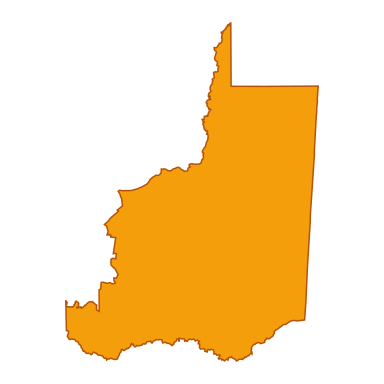 Dolores, Petén, Guatemala (Robinson projection)
{"feature_id": "79465075B81519160116587", "entity_name": "Dolores", "entity_type": "district", "adm_level": 2, "iso_a3": "GTM", "parent_name": "Guatemala", "parent_adm1": "Petén", "projection": "robinson", "projection_center": [-89.465, 16.645], "detail": "fine", "context": "isolated", "style": "filled", "palette": "amber", "viewbox_px": 384, "rotation_deg": 0, "n_neighbors": 0, "source": "geoboundaries", "source_scale": "gbopen_adm2", "svg_char_len": 5969}
<svg xmlns="http://www.w3.org/2000/svg" viewBox="0 0 384 384"><path d="M318.2,86.1L265.1,86.4L231.5,86.3L231.1,86.0L230.8,23.0L230.1,23.2L229.7,24.0L229.0,24.3L229.1,25.2L228.9,25.6L227.8,24.9L227.5,25.1L227.4,26.5L226.2,27.1L226.2,28.5L225.3,28.9L224.1,30.5L223.3,30.9L223.1,32.0L221.4,32.1L221.2,33.0L222.5,33.7L221.8,35.5L221.9,36.8L221.5,38.0L222.1,38.7L221.9,41.1L221.4,42.5L220.8,43.1L219.1,43.3L219.1,44.7L217.8,45.6L217.5,46.7L216.3,47.8L214.4,47.5L214.1,47.7L214.3,49.4L214.9,50.4L216.1,51.4L216.4,52.1L214.5,58.6L215.3,60.3L217.4,62.0L217.4,63.5L216.9,64.6L217.0,65.7L218.5,66.0L218.7,66.7L217.9,68.7L218.1,71.2L217.2,71.9L214.6,71.9L213.5,72.8L214.4,77.5L212.3,79.3L212.3,79.8L212.8,80.5L212.4,81.5L212.3,83.8L210.8,85.5L210.1,87.5L210.2,89.6L210.8,91.1L210.8,91.6L208.7,93.5L208.3,96.1L208.8,97.2L209.5,96.8L209.9,96.1L210.2,96.2L209.5,97.9L209.7,98.4L210.7,99.2L210.5,99.6L209.4,99.2L208.4,99.4L208.1,100.3L207.1,100.6L206.1,102.7L207.4,103.7L206.9,105.3L207.0,105.8L208.6,107.7L208.7,109.1L209.8,108.9L210.8,109.4L210.1,110.6L209.0,111.3L209.0,112.6L208.2,113.2L208.0,115.2L207.6,116.3L206.7,115.6L206.1,116.3L204.3,116.3L204.1,119.3L202.2,119.4L202.8,120.1L202.5,120.4L202.6,120.9L204.3,121.7L204.4,122.2L202.9,123.1L203.0,124.9L203.6,125.3L204.0,127.7L204.4,128.1L204.2,129.2L205.2,129.8L205.6,130.9L206.9,130.7L207.5,131.0L207.0,131.8L207.6,133.0L206.8,133.5L206.6,133.9L206.8,134.3L207.6,134.4L207.9,134.9L208.1,137.0L207.9,138.8L207.4,140.8L206.4,142.4L205.5,146.4L204.1,148.0L202.3,151.3L202.5,152.7L203.6,152.9L203.7,153.5L203.0,155.2L203.5,156.9L203.2,158.7L202.0,159.5L201.2,162.6L199.5,164.1L194.7,164.2L191.3,163.7L189.6,164.3L189.1,164.7L189.1,165.7L190.1,166.7L189.9,167.3L189.0,167.4L188.2,168.0L187.6,170.5L186.7,171.2L185.0,171.1L184.4,171.4L183.0,170.2L180.9,169.2L179.8,167.9L178.2,167.3L177.3,167.3L174.9,168.5L172.9,169.1L171.0,170.9L168.2,170.7L165.5,169.1L163.9,168.9L162.5,169.4L161.4,168.9L161.1,172.7L160.3,174.0L158.2,175.5L155.7,175.2L154.1,176.7L152.4,177.3L151.4,178.5L150.1,179.3L149.2,181.2L147.0,184.0L142.7,186.5L137.8,188.7L131.4,190.5L122.2,190.7L119.5,190.2L118.2,191.3L119.9,194.1L121.0,197.6L121.6,198.5L122.5,205.9L117.3,210.1L118.5,211.2L110.4,218.1L108.4,221.1L104.5,224.4L104.9,224.6L104.9,225.0L106.5,225.8L108.2,231.9L106.9,234.9L107.7,235.0L108.5,234.5L109.5,235.1L110.2,234.7L110.5,235.6L110.9,235.6L110.7,237.1L115.7,237.6L113.3,253.7L115.0,253.4L116.4,253.6L115.7,258.8L112.7,258.3L111.0,259.3L110.9,262.5L111.1,265.1L113.6,267.7L114.8,268.3L118.1,274.6L116.4,278.2L113.9,277.9L113.9,280.6L114.6,281.2L115.2,283.2L112.2,283.8L110.1,282.7L107.2,283.3L103.1,282.2L101.2,282.4L100.7,288.9L99.1,289.8L99.2,311.3L97.9,310.5L97.2,310.5L96.5,309.4L96.4,308.5L96.7,307.8L96.4,306.8L96.8,305.2L94.3,303.5L94.1,303.0L93.4,302.8L92.5,301.6L91.5,302.0L90.2,301.6L88.8,302.1L87.0,303.5L86.2,304.7L84.9,305.3L84.8,305.9L84.1,306.1L83.0,307.4L82.2,307.7L81.7,308.2L81.0,307.8L81.1,306.9L80.8,306.8L79.7,307.2L79.0,307.0L78.5,307.7L76.9,308.0L76.8,307.4L78.1,306.9L78.7,305.6L78.4,304.8L78.8,303.9L78.3,302.5L77.8,302.2L76.4,301.8L76.2,301.2L75.6,301.4L75.1,302.7L75.3,303.6L74.1,304.7L74.3,305.4L72.9,307.0L72.0,306.6L70.8,307.2L69.2,306.7L68.3,307.0L67.2,306.6L66.5,305.9L66.6,304.1L67.2,302.8L65.8,300.3L66.4,330.7L67.9,330.8L68.3,331.2L68.5,333.4L68.0,334.4L67.6,334.8L67.4,336.6L68.8,338.3L68.8,338.9L70.0,339.6L71.3,339.0L74.7,339.5L76.1,341.3L77.8,341.8L79.1,344.3L81.0,345.6L81.1,347.4L82.4,348.9L82.9,350.8L83.4,351.2L84.7,351.2L85.4,352.6L86.2,353.3L89.7,353.4L91.2,354.8L92.0,354.2L93.2,352.3L93.9,352.2L95.3,353.1L96.6,353.3L97.6,354.9L100.3,355.3L102.9,356.2L103.5,357.5L104.3,358.2L106.1,358.2L106.6,360.0L108.1,358.9L109.4,359.0L110.4,358.2L114.0,359.3L115.9,359.5L116.7,359.0L117.6,358.9L117.6,357.9L119.3,354.8L119.6,353.4L121.0,351.9L121.2,349.9L121.7,349.4L122.5,349.3L123.1,350.4L124.1,350.5L125.6,349.6L126.6,348.5L127.9,348.7L130.6,346.2L130.8,344.9L131.4,344.0L131.5,344.4L132.3,344.9L133.1,344.0L134.5,346.9L135.8,346.6L136.7,345.6L138.5,345.9L142.0,345.0L143.0,343.8L143.9,343.7L144.1,344.0L145.2,344.0L145.8,343.8L146.5,342.4L147.1,341.8L150.8,341.2L151.2,342.6L152.0,343.1L153.5,341.1L156.6,339.6L158.6,339.9L159.9,339.5L161.8,339.8L162.5,342.5L163.0,343.1L164.1,342.3L166.0,342.6L167.2,343.4L169.3,343.5L172.2,345.6L172.5,345.6L173.0,344.5L173.9,344.0L174.0,342.7L176.4,340.9L176.8,339.1L178.0,339.3L178.9,341.1L179.4,341.0L179.4,340.1L178.5,338.9L178.8,338.2L182.2,338.9L184.2,338.9L184.6,339.6L184.7,341.1L186.0,340.6L186.8,341.3L187.4,341.2L187.8,340.4L189.4,339.1L191.4,339.6L193.9,339.1L195.5,341.1L197.0,340.1L197.8,340.4L198.5,341.1L199.4,341.2L199.3,341.8L198.3,342.2L198.2,343.8L199.5,343.9L199.7,345.0L199.4,347.2L200.4,349.1L203.1,348.7L204.8,349.3L205.0,350.0L204.8,351.2L206.2,351.5L207.1,352.1L207.3,352.0L207.7,349.7L208.7,349.5L209.8,350.1L210.4,349.5L211.5,349.4L213.2,350.0L213.9,351.1L213.9,354.0L215.6,353.8L216.9,355.3L218.9,354.9L220.0,355.1L219.9,355.9L218.4,358.0L218.4,358.8L218.9,359.0L220.9,358.6L221.9,360.1L223.0,359.5L224.3,360.9L226.9,359.1L227.9,360.1L228.6,357.8L229.0,357.4L230.0,357.7L231.1,357.2L231.4,356.7L232.1,357.7L235.5,359.5L236.2,360.8L236.6,361.0L237.9,360.3L238.9,359.3L241.2,359.1L242.8,359.5L243.2,358.5L244.6,358.0L244.8,357.2L245.6,356.9L246.4,357.1L247.4,356.0L248.9,355.7L250.6,353.3L251.3,353.4L251.9,354.1L252.1,352.3L251.1,350.9L251.2,349.9L251.7,349.2L251.5,348.6L251.6,347.1L252.7,345.6L254.2,344.4L255.2,344.2L255.5,343.5L256.7,343.3L257.6,342.5L259.4,342.7L260.1,343.5L261.2,343.5L264.7,342.4L264.8,340.3L265.5,340.1L266.9,338.1L268.0,338.9L269.5,338.6L271.3,337.0L272.5,336.5L273.1,335.8L273.4,334.4L274.5,333.3L274.2,331.6L274.7,331.1L275.8,330.0L276.2,330.0L283.7,324.5L285.7,324.4L290.6,321.1L293.8,320.4L296.8,320.9L304.6,320.0L305.9,301.7L307.4,267.4L310.2,222.2L310.4,214.3L314.4,154.8L314.4,150.8L316.2,117.3L316.7,111.6L316.7,108.4L317.5,100.6L317.2,100.3L318.2,86.1Z" fill="#f59e0b" stroke="#b45309" stroke-width="1.5"/></svg>